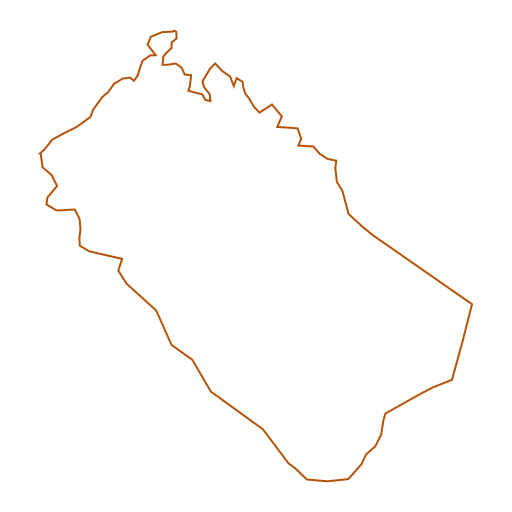 Palaiomylos, Limassol, Cyprus (Equal Earth projection)
{"feature_id": "46923920B61941903243281", "entity_name": "Palaiomylos", "entity_type": "district", "adm_level": 2, "iso_a3": "CYP", "parent_name": "Cyprus", "parent_adm1": "Limassol", "projection": "equal_earth", "projection_center": [32.822, 34.928], "detail": "fine", "context": "isolated", "style": "outline", "palette": "amber", "viewbox_px": 512, "rotation_deg": 0, "n_neighbors": 0, "source": "geoboundaries", "source_scale": "gbopen_adm2", "svg_char_len": 1436}
<svg xmlns="http://www.w3.org/2000/svg" viewBox="0 0 512 512"><path d="M79.8,245.7L89.2,251.3L122.1,258.9L118.3,270.6L126.5,283.6L156.2,310.5L171.6,345.0L192.3,359.8L210.9,391.6L262.9,429.3L288.6,463.4L295.1,468.2L306.9,479.5L327.6,481.3L348.3,479.1L361.5,464.1L366.1,454.4L375.4,446.2L381.2,434.4L383.3,420.8L385.4,413.5L419.6,394.3L432.9,387.4L452.0,379.8L462.6,341.2L472.0,304.2L372.1,234.7L362.8,227.0L348.6,214.0L342.5,191.2L336.9,181.9L335.3,168.0L336.3,160.7L327.6,158.9L319.7,153.8L313.4,146.5L298.4,145.6L301.2,138.8L297.6,128.4L286.6,127.5L277.3,127.0L281.8,116.4L272.0,104.5L259.5,112.6L253.7,106.4L249.3,98.9L245.3,93.6L243.2,87.3L242.6,81.8L236.7,78.2L233.8,86.1L230.1,76.5L222.1,70.9L215.2,63.5L210.1,68.5L202.5,81.5L203.8,86.8L209.7,94.3L210.4,101.1L205.4,99.9L202.2,94.3L197.1,93.1L188.3,90.7L189.9,86.2L191.1,75.1L184.7,74.5L181.6,67.6L175.8,63.5L166.6,64.9L162.5,64.7L163.3,56.7L165.9,53.3L171.6,48.0L171.6,42.5L176.6,38.4L176.3,31.9L174.3,30.7L172.8,31.6L162.3,32.1L150.9,36.7L147.6,44.7L155.7,55.2L150.3,55.4L142.5,60.8L139.8,68.5L137.6,75.7L133.9,80.8L130.0,77.6L122.0,78.7L121.0,79.7L114.1,83.7L108.0,92.3L102.6,96.8L92.9,109.9L90.7,116.6L83.8,121.9L76.5,127.0L64.2,133.1L52.5,139.5L44.2,149.7L40.0,153.4L40.7,153.5L42.6,167.4L51.5,175.0L57.1,186.0L47.4,197.5L46.5,204.5L56.3,210.3L61.8,210.3L71.3,209.6L74.9,209.6L79.6,219.1L80.5,229.7L79.4,237.3L79.8,245.7Z" fill="none" stroke="#b45309" stroke-width="2"/></svg>